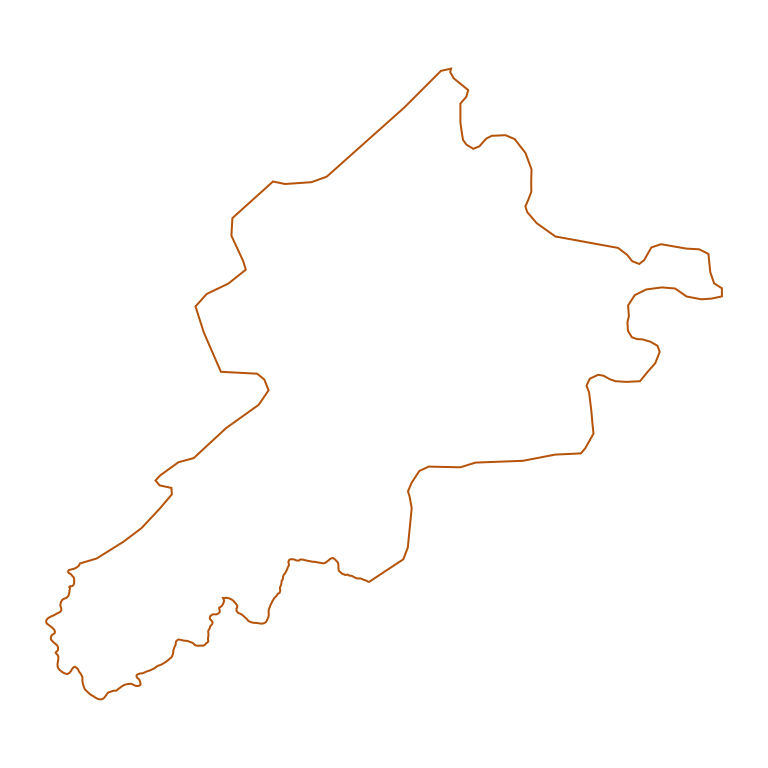 the district of Suárez, Canelones, Uruguay
{"feature_id": "84410073B82028195358702", "entity_name": "Suárez", "entity_type": "district", "adm_level": 2, "iso_a3": "URY", "parent_name": "Uruguay", "parent_adm1": "Canelones", "projection": "equal_earth", "projection_center": [-56.061, -34.736], "detail": "fine", "context": "isolated", "style": "outline", "palette": "amber", "viewbox_px": 768, "rotation_deg": 0, "n_neighbors": 0, "source": "geoboundaries", "source_scale": "gbopen_adm2", "svg_char_len": 5881}
<svg xmlns="http://www.w3.org/2000/svg" viewBox="0 0 768 768"><path d="M721.9,296.4L721.9,288.3L714.1,283.3L710.3,272.3L708.4,253.9L699.1,249.3L686.3,248.6L661.1,244.2L651.4,247.4L644.2,260.1L639.2,264.0L632.2,261.2L627.1,254.8L618.0,247.9L587.2,242.3L555.4,236.5L536.7,223.2L527.2,212.1L525.4,206.4L528.2,200.0L531.3,191.8L531.2,181.3L531.5,169.4L525.5,153.0L514.7,139.1L505.5,135.2L491.7,135.8L486.1,138.7L479.4,146.3L473.3,148.8L466.5,144.7L463.0,139.9L461.8,132.6L460.4,122.3L460.4,103.6L466.4,96.6L468.2,90.1L453.7,78.3L450.2,72.1L451.0,68.6L440.9,70.9L404.3,107.5L326.7,176.7L311.3,182.2L285.1,184.0L273.0,181.5L232.4,218.1L231.4,235.7L243.1,260.9L245.8,269.7L228.3,283.6L206.8,293.9L195.5,306.4L203.7,332.2L220.9,371.8L257.2,373.7L264.3,379.5L268.6,390.3L258.7,404.8L226.2,428.0L193.7,458.1L178.5,462.2L160.3,475.3L155.5,480.5L159.6,485.4L171.4,487.9L171.9,494.3L159.4,509.0L141.6,528.0L123.6,541.6L96.6,558.5L79.8,563.5L79.2,565.2L78.3,566.2L76.8,567.4L75.2,568.2L73.6,568.9L71.8,569.3L69.8,569.8L68.7,570.1L68.2,571.1L68.2,572.1L68.9,573.1L70.1,573.7L71.0,574.3L71.7,575.2L72.7,576.4L73.6,577.2L74.1,578.7L74.2,579.9L74.1,581.6L74.2,583.1L73.7,584.5L73.0,585.6L72.1,586.0L71.2,586.2L70.1,586.3L69.3,587.1L69.8,587.7L70.0,588.9L69.5,590.4L69.4,592.1L69.0,594.1L68.4,595.8L67.0,597.3L65.8,598.2L63.3,599.0L61.9,600.4L61.1,601.7L60.7,603.1L60.3,604.5L60.4,605.8L60.8,607.1L61.3,608.8L61.2,610.6L60.2,611.9L58.5,612.8L57.0,613.5L55.2,614.5L53.8,615.3L52.0,616.0L50.2,616.9L49.1,617.5L47.5,618.6L46.4,620.2L46.1,621.9L46.8,623.5L48.2,624.6L49.8,625.8L51.6,627.1L53.2,628.7L54.3,629.9L54.9,631.5L54.7,633.0L53.6,634.1L52.3,634.7L51.4,635.7L51.1,636.8L50.8,638.0L50.9,639.3L52.0,640.8L53.2,641.9L54.7,643.3L56.2,644.5L57.3,645.5L57.9,647.3L58.1,648.9L57.8,650.3L56.8,651.4L55.7,652.4L56.0,653.4L57.5,654.8L58.4,656.6L58.3,659.0L57.9,661.7L57.5,664.2L57.6,666.5L58.4,668.5L59.8,670.1L61.5,671.4L63.2,672.7L65.4,673.6L67.0,674.1L68.4,673.5L69.7,672.6L70.9,671.2L72.0,669.2L73.3,667.5L74.9,666.8L76.7,667.9L78.0,669.4L79.1,671.7L80.6,673.6L81.6,675.4L82.4,677.2L82.4,678.8L82.4,680.9L82.7,683.0L83.4,685.3L84.0,687.3L84.6,688.8L85.9,690.3L87.7,692.1L89.4,693.7L90.8,694.8L92.5,695.7L94.2,696.8L95.5,697.7L97.5,698.7L98.9,699.2L101.1,699.4L102.7,698.9L104.3,697.7L105.2,696.4L106.2,695.2L106.9,694.0L108.2,692.5L109.9,692.0L111.6,691.3L112.7,691.0L114.0,690.6L115.4,690.8L116.6,690.5L117.6,689.5L119.5,688.1L121.8,686.4L124.1,685.0L126.4,684.3L129.0,683.9L131.3,683.8L132.7,684.4L134.4,685.4L136.2,685.9L137.7,686.1L139.6,685.5L140.5,684.6L140.5,683.6L140.0,681.5L139.5,680.1L138.7,679.0L137.3,677.9L136.5,676.5L136.6,675.2L138.0,674.2L139.9,673.5L141.9,673.4L144.3,672.6L146.5,671.5L149.0,670.8L151.2,669.8L153.3,668.9L155.1,667.8L156.7,666.5L158.5,665.6L161.3,664.6L163.4,663.4L166.0,661.8L167.5,660.5L168.5,659.9L169.6,658.8L170.9,657.8L171.9,656.6L172.4,655.3L173.0,653.9L173.3,652.1L173.3,650.6L173.9,648.7L174.5,647.0L175.4,645.5L175.7,644.2L175.8,642.5L175.9,641.8L176.5,640.9L177.1,640.4L177.9,639.7L178.6,639.5L179.9,639.7L180.8,639.8L182.1,640.2L183.3,640.5L184.6,640.7L186.0,640.8L187.4,640.9L188.7,641.4L190.5,642.1L192.2,642.7L193.5,643.5L194.6,644.8L196.0,645.5L197.9,645.8L200.3,645.6L202.1,645.6L203.0,645.7L204.0,645.4L205.2,644.5L205.9,643.5L207.2,642.6L208.2,641.6L208.2,640.3L207.9,639.1L208.1,637.6L208.3,636.2L208.5,634.7L208.3,633.0L208.2,631.4L208.6,630.1L209.1,629.3L209.7,628.4L209.8,627.4L210.4,626.1L211.2,625.2L212.2,624.0L212.6,622.7L212.3,621.7L211.7,621.0L210.8,619.8L209.9,619.0L209.8,617.7L210.1,616.6L210.8,615.6L212.3,614.6L212.8,614.5L213.7,614.3L215.3,614.4L216.8,614.3L218.7,613.2L219.8,611.8L219.8,610.7L219.5,609.7L219.1,608.6L219.2,607.6L220.5,606.9L221.8,605.9L222.8,604.4L223.6,602.6L224.1,601.0L223.9,599.9L223.4,598.9L223.0,598.0L224.5,598.1L226.0,597.8L227.7,597.9L230.0,598.7L231.9,599.7L233.5,600.9L235.5,603.3L237.3,605.6L237.1,607.7L236.4,608.6L236.6,611.1L238.2,612.9L240.6,613.9L242.6,615.2L244.9,617.3L247.2,619.3L248.3,620.9L251.1,622.2L253.9,622.9L256.4,622.9L259.4,623.4L261.9,623.7L264.1,623.2L266.1,621.9L267.1,620.1L267.5,618.9L268.3,617.4L268.8,614.9L268.6,612.2L268.8,609.7L269.5,607.8L270.5,605.1L272.3,601.4L274.2,598.2L276.5,595.9L278.1,593.5L278.7,593.3L279.5,592.9L279.8,592.3L280.1,591.3L280.3,590.4L280.0,589.0L279.9,587.7L280.2,586.8L280.7,586.0L281.1,584.8L281.4,583.0L281.6,581.6L281.7,580.6L282.6,579.7L283.0,577.9L283.2,576.0L284.0,574.5L285.1,573.3L286.0,571.5L286.9,570.0L287.5,568.3L287.9,567.0L288.5,566.3L288.8,565.7L288.9,564.2L288.5,562.8L288.4,561.7L288.8,560.8L289.3,559.8L290.8,559.2L292.5,559.3L294.1,559.4L296.0,560.3L298.9,560.7L300.1,559.5L302.7,559.6L305.0,560.2L307.8,560.8L309.6,561.1L311.3,561.5L313.2,561.8L314.9,561.8L316.5,562.2L317.6,562.3L318.9,562.7L320.1,562.8L322.1,563.2L323.9,563.3L325.2,562.8L326.1,562.3L327.3,561.3L328.7,560.3L329.3,559.6L330.1,559.0L331.0,558.6L332.2,558.0L333.4,558.1L334.2,558.9L335.3,559.7L336.3,560.8L337.4,561.9L338.1,563.3L338.4,564.9L338.4,567.1L338.5,568.6L338.7,570.2L339.3,571.2L340.6,572.3L341.8,573.5L343.2,574.1L345.3,575.0L346.5,574.8L347.7,574.6L348.4,575.0L349.3,575.7L350.7,575.6L352.3,576.1L353.7,577.0L355.8,577.9L357.2,578.4L358.6,578.5L360.4,578.4L361.8,578.9L363.9,579.9L365.4,580.3L366.8,580.9L367.8,581.6L369.1,581.9L384.5,571.7L403.3,559.3L407.8,547.6L411.7,508.2L409.7,497.0L408.0,491.3L411.6,482.8L419.3,471.0L428.7,466.6L460.3,467.3L475.5,462.6L523.0,460.8L555.1,454.6L580.9,453.4L585.3,448.2L593.5,433.6L592.6,425.2L591.3,410.6L589.1,392.4L586.5,385.6L589.8,378.7L598.2,374.8L603.5,375.7L609.8,379.2L615.5,381.2L626.4,381.9L640.0,381.2L647.4,372.1L655.3,363.1L659.7,351.9L657.5,345.8L650.4,341.7L642.1,339.3L637.0,339.1L631.8,337.2L628.0,330.9L627.4,322.4L628.9,316.1L628.1,305.4L634.8,295.1L646.1,289.5L661.8,287.4L675.1,288.5L686.6,296.5L701.3,299.3L711.5,298.6L721.9,296.4Z" fill="none" stroke="#b45309" stroke-width="2"/></svg>